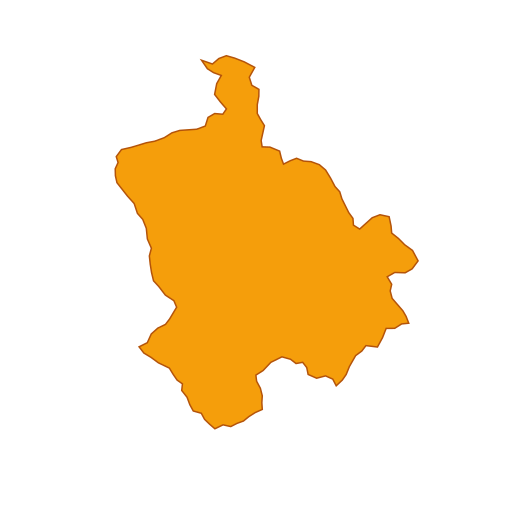 Bicas, Minas Gerais, Brazil, rotated 292°
{"feature_id": "56859067B9449186447624", "entity_name": "Bicas", "entity_type": "district", "adm_level": 2, "iso_a3": "BRA", "parent_name": "Brazil", "parent_adm1": "Minas Gerais", "projection": "orthographic", "projection_center": [-43.101, -21.732], "detail": "medium", "context": "isolated", "style": "filled", "palette": "amber", "viewbox_px": 512, "rotation_deg": 292, "n_neighbors": 0, "source": "geoboundaries", "source_scale": "gbopen_adm2", "svg_char_len": 1953}
<svg xmlns="http://www.w3.org/2000/svg" viewBox="0 0 512 512"><g transform="rotate(292 256 256)"><path d="M417.1,132.2L411.4,140.8L410.1,148.0L410.4,156.2L401.1,155.0L390.3,157.1L385.5,165.3L381.3,173.5L375.0,172.1L372.6,164.3L366.5,159.6L357.5,160.3L351.3,153.5L343.9,138.3L338.7,131.9L331.3,126.6L324.5,119.1L319.9,111.9L310.0,99.6L304.3,91.4L295.8,89.2L291.0,93.1L284.1,92.8L277.7,95.6L271.9,99.6L263.4,114.4L259.0,123.4L251.1,130.1L247.5,137.3L240.6,143.9L231.1,148.9L224.0,156.1L216.1,157.1L208.8,161.0L201.6,165.3L194.6,170.3L191.4,177.1L185.8,186.6L183.8,196.6L178.8,201.6L165.3,199.5L158.7,197.7L152.4,192.0L144.5,188.1L134.9,187.7L128.0,181.6L124.0,188.4L122.7,196.6L120.4,205.5L119.6,217.7L115.4,223.3L111.4,229.3L109.9,235.7L103.5,237.5L99.2,245.0L93.3,250.4L88.8,255.9L89.7,264.2L85.3,269.5L82.7,275.9L80.4,282.6L87.1,288.7L88.4,296.5L93.7,301.1L98.3,306.2L104.5,309.6L110.5,313.9L116.1,319.3L122.1,316.4L128.7,314.2L135.0,309.6L140.1,303.5L145.5,300.5L152.5,305.5L163.0,309.6L172.2,317.8L173.2,326.7L171.3,333.4L174.9,339.1L171.6,344.8L165.7,348.7L165.4,358.0L170.9,365.4L170.6,373.3L165.7,379.0L173.3,382.5L179.9,384.0L188.5,384.0L201.0,385.7L207.5,389.7L214.1,391.5L217.1,402.7L227.7,403.9L237.6,403.8L240.9,411.7L247.6,416.5L250.9,422.8L256.2,417.8L260.2,412.7L267.7,398.1L273.9,393.5L280.6,392.4L285.9,385.4L292.7,390.8L296.3,400.6L302.6,405.6L312.2,408.1L319.8,399.0L322.1,389.7L325.5,381.8L328.1,373.2L334.4,370.0L342.3,364.7L340.7,355.5L335.0,349.4L319.8,342.0L321.1,334.8L327.2,331.8L331.0,325.7L341.2,314.2L346.9,309.6L350.0,303.2L356.1,296.0L361.8,288.3L364.4,280.5L364.1,271.7L361.8,264.5L361.8,257.0L357.2,252.1L351.5,247.1L356.1,242.9L362.1,238.6L362.2,228.2L359.5,220.8L365.0,217.5L380.0,215.0L384.0,209.5L388.6,203.8L396.8,200.5L405.1,198.8L411.6,196.3L412.7,188.2L419.2,182.8L430.4,184.2L431.6,172.4L431.5,162.1L430.6,153.5L425.2,147.6L417.7,143.7L417.1,132.2Z" fill="#f59e0b" stroke="#b45309" stroke-width="1.5"/></g></svg>